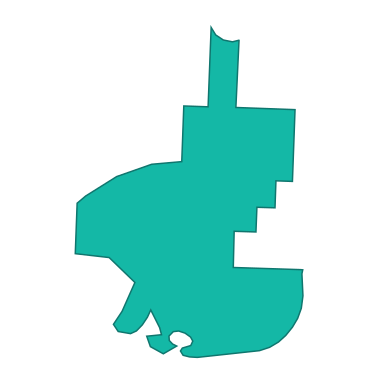 outline of Al Khawr, rotated 92°
{"feature_id": "QAT-1105", "entity_name": "Al Khawr", "entity_type": "Municipality", "adm_level": 1, "iso_a3": "QAT", "parent_name": "Qatar", "parent_adm1": "", "projection": "orthographic", "projection_center": [51.407, 25.752], "detail": "fine", "context": "isolated", "style": "filled", "palette": "teal", "viewbox_px": 384, "rotation_deg": 92, "n_neighbors": 0, "source": "natural_earth", "source_scale": "10m", "svg_char_len": 933}
<svg xmlns="http://www.w3.org/2000/svg" viewBox="0 0 384 384"><g transform="rotate(92 192 192)"><path d="M265.9,78.6L269.9,79.3L291.9,77.5L304.4,78.7L314.6,82.0L323.6,86.9L332.1,93.3L338.9,100.3L344.5,109.0L348.2,119.0L357.1,180.9L356.9,188.7L355.5,195.2L351.3,198.0L348.3,196.2L345.5,187.9L341.0,186.0L337.0,188.4L333.3,194.0L331.4,200.5L332.2,205.8L336.8,210.0L341.2,209.5L344.6,206.1L346.5,201.9L354.7,215.0L348.0,228.2L337.7,232.2L335.7,217.5L328.7,219.6L311.3,229.1L318.7,232.2L326.5,237.0L332.8,242.7L335.7,248.5L334.0,260.9L327.0,265.9L313.7,257.7L284.4,245.9L260.4,272.5L257.7,306.5L207.2,306.4L199.7,298.1L179.2,267.8L165.7,233.3L162.0,203.3L106.3,203.2L106.3,178.9L26.9,178.6L34.2,173.8L39.0,166.0L40.5,156.8L38.7,150.4L38.8,150.3L106.0,151.1L106.1,91.9L177.9,92.0L177.9,108.5L204.9,108.5L205.0,126.6L229.7,126.7L229.8,148.5L266.0,148.1L265.8,80.8L265.9,78.6Z" fill="#14b8a6" stroke="#0f766e" stroke-width="1.5"/></g></svg>